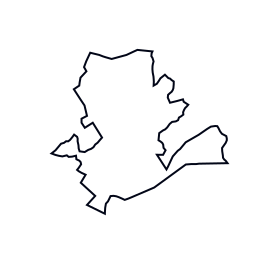 outline of Nossa Senhora de Nazaré, Piauí, Brazil, rotated 237°
{"feature_id": "56859067B20715695803450", "entity_name": "Nossa Senhora de Nazaré", "entity_type": "district", "adm_level": 2, "iso_a3": "BRA", "parent_name": "Brazil", "parent_adm1": "Piauí", "projection": "natural_earth1", "projection_center": [-42.193, -4.64], "detail": "fine", "context": "isolated", "style": "outline", "palette": "ink", "viewbox_px": 256, "rotation_deg": 237, "n_neighbors": 0, "source": "geoboundaries", "source_scale": "gbopen_adm2", "svg_char_len": 2056}
<svg xmlns="http://www.w3.org/2000/svg" viewBox="0 0 256 256"><g transform="rotate(237 128 128)"><path d="M85.8,51.7L68.7,61.9L70.4,63.1L73.6,65.5L76.6,68.3L77.4,71.3L78.7,73.5L80.4,76.3L79.0,78.9L77.1,81.0L75.0,82.6L71.8,84.7L69.5,86.1L68.6,89.9L67.9,93.7L63.8,117.6L65.9,156.6L63.3,161.4L60.7,165.4L59.4,168.1L44.3,192.3L47.2,192.1L49.3,191.5L51.3,191.5L53.3,192.6L57.3,194.4L60.0,196.0L62.3,201.8L63.9,204.2L65.5,205.2L67.7,206.0L72.0,203.6L75.1,203.4L78.4,203.8L80.9,203.9L82.2,202.2L84.0,198.3L84.1,193.9L83.8,183.5L84.6,168.6L82.0,160.3L81.8,157.3L79.8,150.1L77.5,146.4L74.0,140.8L72.3,137.7L89.8,137.7L86.4,142.8L88.9,147.4L92.0,147.0L95.0,148.5L96.9,148.6L99.0,147.9L101.1,146.9L106.7,151.4L106.9,156.1L106.6,158.4L107.1,161.1L108.7,165.2L109.1,168.3L107.5,171.7L107.3,174.3L109.0,176.4L108.9,178.7L109.1,181.7L111.2,182.8L112.6,184.8L113.6,186.7L114.1,189.2L114.7,191.2L119.7,189.0L122.1,189.7L123.8,184.2L126.3,177.0L131.8,177.9L134.0,179.7L134.4,182.2L134.6,184.3L135.4,186.1L136.6,187.7L139.7,190.1L142.1,191.7L144.4,190.7L146.5,190.2L147.9,189.0L150.3,188.5L152.6,188.0L152.0,182.2L150.8,179.7L149.4,176.3L149.6,172.6L152.8,174.9L154.7,176.0L157.3,177.4L161.0,178.9L164.0,180.5L166.6,182.3L168.2,183.8L169.9,185.7L173.4,186.7L175.5,186.7L177.7,188.4L178.9,190.2L188.4,178.4L189.0,174.4L190.1,166.5L194.8,151.9L199.5,147.8L201.7,146.0L204.9,143.7L211.7,137.3L206.7,129.3L203.0,124.3L198.2,124.0L196.1,115.6L192.7,112.4L190.1,110.2L190.0,103.7L177.4,103.7L170.6,103.8L160.5,100.2L161.1,94.1L157.7,91.9L151.7,91.9L151.6,101.3L134.1,101.0L133.3,98.1L132.2,94.5L132.0,91.5L130.7,88.6L130.6,85.7L131.3,82.7L131.4,78.6L134.8,74.7L137.7,75.5L140.6,77.1L144.3,78.5L146.5,80.0L148.3,80.5L151.8,79.2L150.7,76.4L149.6,73.0L149.4,70.6L150.6,68.9L150.4,66.2L151.3,63.3L148.8,55.1L148.3,50.0L144.9,52.5L142.3,54.9L139.9,57.5L138.4,61.8L136.1,62.5L134.4,65.6L133.1,69.3L129.9,67.7L127.1,69.4L125.2,69.7L123.1,68.9L121.4,64.9L120.6,62.5L118.7,63.1L115.7,64.6L111.9,67.0L107.8,58.6L88.9,63.5L85.8,51.7Z" fill="none" stroke="#020617" stroke-width="2"/></g></svg>